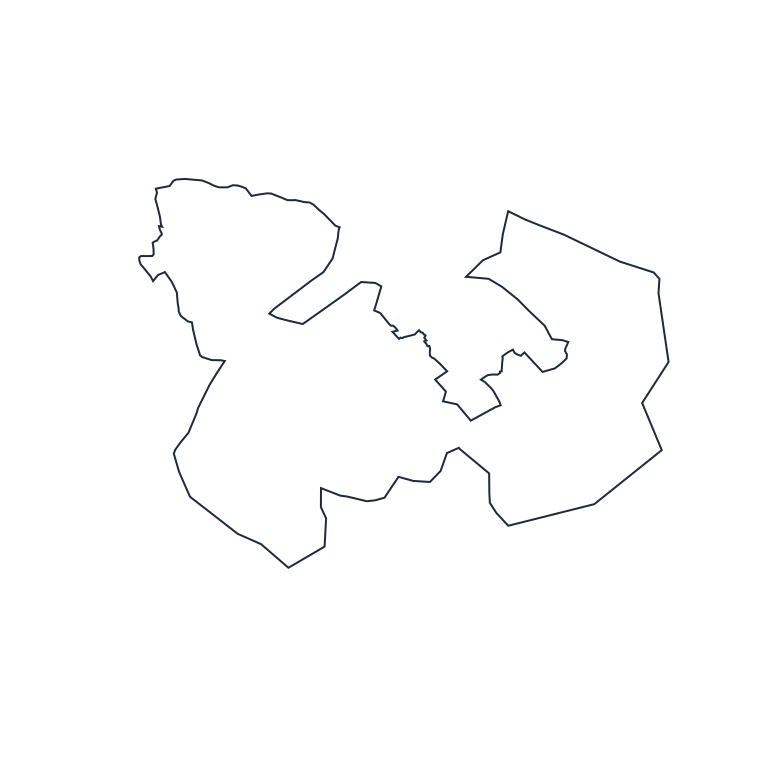 Abeokuta South, Ogun, Nigeria (Natural Earth projection), rotated 111°
{"feature_id": "59680162B79825109156569", "entity_name": "Abeokuta South", "entity_type": "district", "adm_level": 2, "iso_a3": "NGA", "parent_name": "Nigeria", "parent_adm1": "Ogun", "projection": "natural_earth1", "projection_center": [3.353, 7.176], "detail": "fine", "context": "isolated", "style": "outline", "palette": "slate", "viewbox_px": 768, "rotation_deg": 111, "n_neighbors": 0, "source": "geoboundaries", "source_scale": "gbopen_adm2", "svg_char_len": 2794}
<svg xmlns="http://www.w3.org/2000/svg" viewBox="0 0 768 768"><g transform="rotate(111 384 384)"><path d="M250.9,583.1L250.8,587.1L251.1,591.7L252.6,596.3L256.5,600.6L259.5,608.5L259.8,613.7L259.2,620.1L259.2,626.8L263.8,643.1L267.6,651.3L269.6,653.3L276.0,655.1L283.4,667.0L286.7,664.5L293.1,663.8L299.7,659.0L307.7,653.4L315.2,649.2L316.7,647.5L317.2,650.6L320.0,648.8L323.4,645.2L324.8,645.1L326.1,646.0L331.2,647.2L333.5,649.5L335.0,650.6L340.0,647.8L345.5,645.5L347.6,646.3L351.7,656.8L353.5,657.9L356.3,656.8L359.4,654.2L362.9,647.9L367.2,640.4L370.7,636.5L363.2,634.0L358.0,628.6L364.9,618.5L372.8,610.2L382.8,605.4L386.9,602.9L390.0,601.5L393.3,598.0L395.9,589.5L395.3,585.4L401.9,581.6L413.8,573.5L423.2,565.9L424.0,563.2L423.7,558.0L423.4,553.3L420.4,545.2L419.6,540.9L431.9,543.6L447.0,546.5L473.3,549.0L479.0,548.5L499.7,549.1L511.6,553.1L520.0,555.3L524.3,555.3L539.6,543.7L558.8,524.7L576.3,466.9L577.6,441.3L589.8,407.4L557.1,381.2L530.2,389.9L521.5,398.8L503.8,405.5L503.9,384.8L502.3,378.3L499.6,358.0L495.7,350.5L490.0,342.8L465.5,337.2L464.0,321.9L459.0,306.0L444.9,300.0L425.9,300.5L416.8,291.3L417.6,289.8L429.8,253.8L448.5,246.4L457.0,242.6L464.1,232.9L471.8,217.2L420.8,144.6L346.2,101.0L309.2,136.2L261.5,126.2L200.6,160.4L187.2,164.5L183.2,172.1L185.2,207.5L180.1,269.6L180.1,296.2L179.9,310.6L178.2,330.0L201.9,326.7L219.4,322.5L233.0,336.0L254.5,345.8L248.3,324.0L250.9,309.0L257.2,289.3L263.5,275.5L272.0,254.9L282.0,243.3L279.1,232.9L278.8,227.0L285.8,227.4L288.2,227.0L290.8,223.8L294.7,222.7L301.1,225.7L308.2,230.1L315.9,240.3L304.2,264.2L308.7,266.4L308.6,271.3L308.1,273.3L305.7,276.0L309.6,279.3L313.0,281.7L315.9,283.4L317.7,282.3L321.0,281.5L330.1,278.7L330.8,280.2L332.3,279.7L334.6,281.4L336.5,286.7L338.6,290.3L341.1,292.3L345.2,295.0L346.0,290.5L349.6,282.3L351.2,279.5L358.0,271.3L360.0,269.1L362.1,267.5L365.7,271.7L387.1,289.9L376.8,308.4L379.0,322.6L368.9,323.5L361.5,337.8L349.5,329.6L345.0,339.2L342.2,346.5L342.3,348.4L340.9,351.4L337.7,352.7L334.6,353.5L332.3,355.3L333.1,357.0L331.5,358.6L329.8,361.7L328.2,360.0L326.3,363.0L324.0,362.5L323.4,363.7L323.5,364.5L322.2,366.3L322.6,368.0L321.2,370.6L326.8,373.1L331.1,379.2L332.9,382.0L334.6,383.2L334.8,385.2L336.5,386.2L332.2,394.8L329.3,390.5L327.3,393.5L326.3,396.5L327.1,398.4L326.1,400.8L319.1,412.9L318.8,419.6L313.1,419.9L293.8,421.5L292.8,428.4L297.0,441.9L308.5,449.2L316.7,454.4L357.1,481.3L359.3,497.0L360.5,507.5L359.4,516.3L353.1,513.5L313.7,489.0L301.2,480.6L285.3,477.0L264.2,479.4L259.8,480.7L256.4,481.5L253.6,481.6L253.6,486.2L246.9,500.6L244.8,506.9L241.8,514.2L241.2,518.4L242.8,523.9L243.3,527.8L244.0,532.5L245.3,535.5L247.0,540.2L246.7,545.9L246.7,551.6L246.6,557.3L247.7,561.1L252.6,569.9L255.9,575.0L250.9,583.1Z" fill="none" stroke="#1e293b" stroke-width="2"/></g></svg>